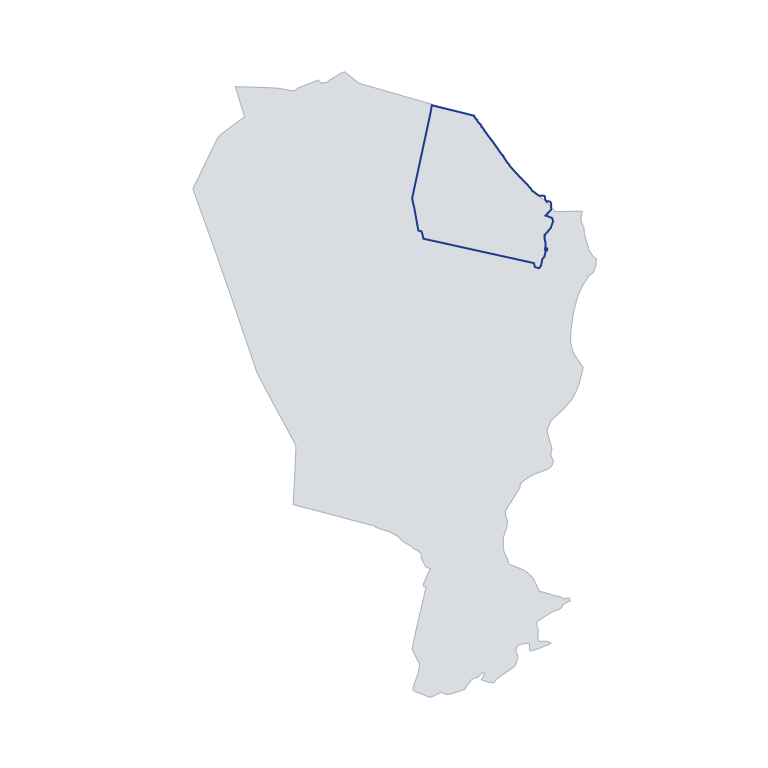 N'Gourti, Diffa, Niger (highlighted), rotated 282°
{"feature_id": "23599985B32057380818540", "entity_name": "N'Gourti", "entity_type": "district", "adm_level": 2, "iso_a3": "NER", "parent_name": "Niger", "parent_adm1": "Diffa", "projection": "orthographic", "projection_center": [13.567, 16.185], "detail": "fine", "context": "in_parent", "style": "outline", "palette": "blue", "viewbox_px": 768, "rotation_deg": 282, "n_neighbors": 0, "source": "geoboundaries", "source_scale": "gbopen_adm2", "svg_char_len": 4473}
<svg xmlns="http://www.w3.org/2000/svg" viewBox="0 0 768 768"><g transform="rotate(282 384 384)"><path d="M594.3,542.0L587.4,542.1L583.5,543.3L578.5,547.1L572.9,548.6L566.1,552.0L561.9,554.6L557.8,556.7L552.3,561.9L550.5,565.8L544.9,566.6L537.2,565.9L532.4,561.9L521.0,557.6L513.7,555.9L510.3,555.3L493.0,554.4L474.5,555.8L465.0,557.6L463.3,558.0L457.9,560.4L453.5,563.1L441.3,575.6L425.5,574.9L416.1,573.3L408.3,571.1L397.1,564.9L383.6,555.4L378.3,554.0L373.5,553.2L371.9,553.3L355.3,561.8L352.1,561.5L348.2,562.4L345.6,564.6L343.7,565.7L341.8,565.8L339.2,565.2L336.7,563.8L334.2,561.2L327.7,550.8L326.4,549.0L323.6,545.9L318.9,541.1L315.7,538.8L313.7,538.2L311.3,538.5L298.3,534.0L285.4,529.3L282.5,529.7L280.4,530.5L275.7,533.5L270.4,533.8L263.6,533.3L259.9,532.7L253.9,533.5L249.9,534.5L244.6,536.4L237.6,541.9L235.6,542.5L234.0,543.4L231.1,559.1L229.1,563.8L225.4,569.9L218.4,575.5L213.7,578.9L213.4,583.8L212.7,591.8L212.5,597.3L212.6,600.9L211.8,602.5L211.4,604.1L211.6,606.4L212.7,607.6L213.3,609.1L212.8,610.2L210.5,611.5L208.3,607.8L205.2,605.1L201.9,603.9L199.6,601.9L198.5,599.3L194.3,594.1L184.4,583.8L183.3,583.5L181.7,583.0L178.7,584.1L176.9,585.6L175.6,586.1L173.7,586.1L168.8,587.1L164.8,588.5L164.7,589.8L166.2,597.3L165.2,601.3L163.5,599.3L158.2,591.5L154.6,585.7L153.9,584.4L153.4,582.5L153.9,581.7L155.4,581.2L159.0,580.7L159.7,580.1L160.0,578.6L159.5,575.8L157.7,571.8L155.8,569.1L154.6,568.6L152.5,568.4L150.2,568.6L145.7,571.5L143.8,571.9L139.3,571.4L135.4,570.6L133.0,568.8L126.1,562.2L118.5,555.2L115.2,554.0L114.5,553.3L114.2,548.2L114.6,542.2L115.2,540.6L118.4,541.8L121.9,542.4L123.1,541.4L120.4,539.1L116.5,536.7L115.1,533.3L114.0,532.0L112.3,530.8L110.2,530.0L108.2,529.0L106.8,527.9L104.5,527.3L102.0,526.5L98.8,520.9L95.6,515.5L93.7,511.3L93.2,508.7L94.4,504.6L93.5,502.9L89.9,498.4L86.9,494.2L88.0,488.2L89.0,483.1L89.2,479.9L89.8,478.1L90.4,476.1L92.5,475.6L98.0,476.0L108.5,477.6L117.0,477.1L117.5,476.9L123.8,471.8L130.8,466.5L140.8,466.5L151.6,466.5L160.1,466.7L172.5,467.0L182.5,467.2L194.2,467.3L194.6,464.7L195.4,464.1L196.5,464.1L205.0,465.9L213.0,467.7L213.8,462.7L221.2,456.8L225.2,455.8L226.2,454.7L227.6,452.7L228.5,449.5L229.0,447.2L230.6,445.3L231.8,441.8L233.5,435.7L237.8,429.4L240.5,420.7L241.2,412.2L242.0,405.8L243.2,404.5L243.7,393.1L244.2,381.5L244.7,371.8L245.3,359.6L245.8,349.0L246.3,337.4L246.8,327.1L247.2,320.2L255.3,318.9L263.6,317.6L275.9,315.7L289.1,313.5L303.6,311.1L306.9,309.5L318.1,300.0L323.2,295.7L333.3,287.1L341.0,280.5L350.9,272.1L361.2,263.6L369.5,256.9L382.3,249.3L401.6,237.8L420.9,226.3L440.1,214.8L459.2,203.2L478.3,191.6L497.3,179.9L516.2,168.2L535.1,156.5L553.8,161.1L571.7,165.5L589.6,169.9L593.9,172.3L603.5,180.7L615.8,191.6L616.3,191.8L616.9,191.8L628.6,185.3L643.9,176.9L648.1,199.5L651.3,218.8L651.7,231.2L651.8,234.5L653.1,236.6L656.0,238.8L667.7,256.6L665.3,259.8L667.1,265.3L670.1,267.7L679.8,278.2L681.1,280.3L680.6,282.0L674.0,294.7L672.9,297.8L671.8,313.8L671.0,325.2L669.8,340.7L668.5,359.4L667.4,375.1L665.9,395.9L664.5,415.6L654.8,426.5L637.3,445.8L623.1,461.5L615.9,471.9L601.9,492.3L595.6,505.5L590.7,512.4L588.2,515.4L590.4,525.1L594.3,542.0Z" fill="#d9dde1" stroke="#a8b0b8" stroke-width="1"/><path d="M532.4,513.0L534.1,513.0L536.2,513.0L538.9,512.8L541.8,514.4L544.0,514.5L547.5,514.6L548.1,515.4L549.6,515.7L550.6,515.3L550.6,514.6L548.0,514.5L548.4,513.6L551.3,513.4L554.4,513.0L557.5,511.9L560.3,510.5L562.4,510.6L563.0,510.0L565.9,511.8L571.2,514.6L578.4,515.6L581.3,513.9L581.4,513.3L582.1,509.6L582.3,507.0L589.2,511.2L590.8,511.0L592.0,510.5L593.8,510.4L595.3,509.9L596.8,508.7L596.9,506.1L596.1,505.4L597.0,504.7L597.1,504.1L598.8,502.8L600.3,502.6L601.3,501.9L601.2,499.5L600.6,498.6L600.6,496.1L601.9,493.0L603.2,490.6L603.5,489.1L605.6,487.0L606.2,486.4L606.4,485.7L608.5,483.4L609.5,481.8L610.8,479.7L613.0,476.4L614.1,475.2L614.6,473.8L616.7,471.1L619.2,467.4L620.7,465.5L623.4,461.6L624.6,460.9L626.2,458.6L631.1,453.7L632.3,453.0L632.4,452.2L635.1,449.2L638.9,445.2L643.3,440.4L646.3,436.9L648.6,434.2L649.3,433.3L650.5,432.2L653.1,429.1L654.2,428.4L655.5,426.8L655.8,425.8L657.2,425.4L660.5,420.7L661.5,420.4L662.8,418.2L665.1,416.4L665.4,410.3L666.0,391.1L666.5,372.7L662.0,373.1L654.7,373.1L571.5,372.9L567.4,374.7L562.5,377.0L541.2,385.7L541.2,388.8L537.7,390.9L534.3,392.3L533.4,505.5L532.3,506.1L531.0,506.6L529.7,507.6L529.5,510.9L529.8,511.8L530.5,512.2L531.8,512.5L532.4,513.0L532.4,513.0Z" fill="none" stroke="#1e3a8a" stroke-width="2"/></g></svg>